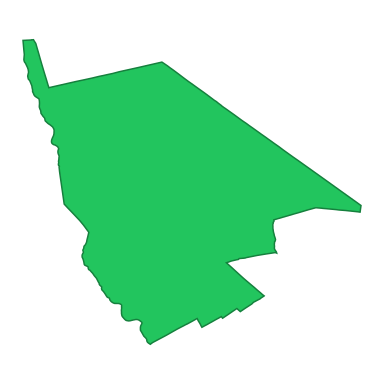 outline of Aricestii Rahtivani, Prahova, Romania
{"feature_id": "2599482B50315286970944", "entity_name": "Aricestii Rahtivani", "entity_type": "district", "adm_level": 2, "iso_a3": "ROU", "parent_name": "Romania", "parent_adm1": "Prahova", "projection": "natural_earth1", "projection_center": [25.877, 44.949], "detail": "fine", "context": "isolated", "style": "filled", "palette": "green", "viewbox_px": 384, "rotation_deg": 0, "n_neighbors": 0, "source": "geoboundaries", "source_scale": "gbopen_adm2", "svg_char_len": 5787}
<svg xmlns="http://www.w3.org/2000/svg" viewBox="0 0 384 384"><path d="M150.3,344.3L152.7,342.5L165.7,335.6L167.5,334.6L173.3,331.3L175.8,329.9L176.1,329.7L177.2,329.1L179.3,328.0L182.0,326.6L183.2,326.0L186.7,324.1L186.8,324.2L191.2,321.8L197.1,318.5L197.4,319.0L198.2,320.7L198.5,321.2L199.0,322.0L200.1,323.8L201.0,325.7L201.7,327.0L201.9,327.3L205.0,325.6L206.0,325.1L207.5,324.3L209.2,323.3L211.6,322.0L216.0,319.5L219.0,317.9L220.2,317.2L221.3,316.6L222.0,317.5L222.6,318.2L228.1,314.5L233.2,311.0L236.9,308.5L238.5,310.0L239.2,310.6L240.3,311.6L245.9,307.8L246.7,307.3L251.3,304.3L252.0,303.8L252.6,303.2L252.9,302.8L253.5,302.3L253.9,302.0L254.2,301.9L255.0,301.5L257.2,300.3L258.8,299.5L260.0,298.9L261.3,297.8L261.8,297.5L264.1,296.0L264.2,295.9L262.5,294.6L260.4,292.7L257.4,290.2L255.6,288.6L254.5,287.6L252.2,285.7L247.1,281.4L244.2,278.9L242.5,277.4L240.3,275.4L235.8,271.3L231.9,267.7L229.1,265.2L227.3,263.6L226.4,262.8L231.1,261.1L232.7,260.7L234.0,260.4L236.9,259.7L238.2,259.5L238.6,259.3L238.7,259.2L238.9,258.8L238.9,258.7L239.0,258.6L239.7,258.5L243.6,258.2L244.4,258.1L245.1,258.0L245.6,257.9L246.0,257.7L246.3,257.6L250.3,256.8L257.3,255.4L266.5,253.9L270.6,253.3L274.4,252.7L275.1,252.6L275.4,252.7L275.7,252.7L276.7,253.1L276.6,252.7L276.4,252.0L275.6,250.8L275.0,249.9L274.7,249.4L274.7,249.2L274.4,248.5L274.4,248.4L274.4,248.1L274.4,247.8L274.5,246.8L274.5,246.3L274.3,244.0L274.4,243.8L274.5,242.8L274.6,241.9L274.6,241.6L274.8,241.4L275.0,241.4L275.1,241.2L275.2,240.7L275.4,240.2L275.5,239.9L275.5,239.5L275.4,239.0L275.3,238.6L275.0,237.6L274.9,237.4L274.7,236.7L274.5,236.1L274.4,235.8L274.3,235.6L274.1,234.4L274.0,234.0L273.5,232.2L273.2,230.4L273.2,230.0L273.1,229.5L273.0,229.0L272.9,228.1L272.9,227.6L272.9,226.7L272.9,226.2L272.9,225.9L272.8,225.2L272.8,224.7L272.9,224.2L273.1,223.7L273.2,223.4L273.2,222.5L273.3,222.4L273.9,221.4L274.0,220.7L274.0,220.2L273.9,219.8L294.5,213.8L297.8,212.9L303.2,211.3L308.9,209.6L310.5,209.2L314.4,208.1L315.6,207.8L316.0,207.8L316.9,207.8L317.8,207.9L321.5,208.2L322.9,208.4L326.5,208.7L336.1,209.6L339.2,210.0L345.6,210.5L358.7,211.9L358.9,212.0L360.1,212.1L361.0,205.5L311.7,170.2L298.5,160.8L292.9,156.9L283.3,150.0L278.8,146.6L273.2,142.7L271.9,141.7L268.2,139.1L265.6,137.2L261.3,134.2L253.1,128.3L249.1,125.5L246.7,123.7L244.2,122.0L242.0,120.5L234.1,114.7L225.1,108.3L224.0,107.6L222.4,106.4L222.1,106.2L221.8,106.0L221.4,105.5L220.3,104.7L219.8,104.3L219.2,103.9L218.9,103.6L218.2,103.1L218.0,102.9L217.8,102.8L217.6,102.6L217.0,102.1L216.8,101.9L215.8,101.2L215.3,100.9L214.8,100.6L213.8,99.9L208.8,96.1L208.4,95.9L207.6,95.2L207.2,94.9L203.5,92.2L197.3,87.8L192.9,84.6L188.2,81.3L182.3,76.9L181.8,76.5L180.5,75.5L179.2,74.5L172.9,69.8L169.9,67.7L167.7,66.0L163.0,62.8L161.9,62.1L138.4,67.5L119.4,71.7L112.6,73.5L107.4,74.6L103.4,75.5L99.0,76.4L92.4,78.0L87.8,79.0L83.2,80.0L76.0,81.5L48.8,87.7L48.5,86.4L48.1,85.3L46.5,79.9L44.2,72.4L42.8,67.7L41.7,64.0L40.4,59.5L40.3,59.2L38.9,54.2L36.4,45.6L35.9,43.8L35.7,43.3L34.0,40.7L33.5,39.7L32.3,39.8L31.5,39.8L31.2,39.9L31.2,40.0L23.0,40.4L23.7,48.4L24.3,54.5L23.9,59.3L23.9,59.6L23.9,59.9L24.2,61.1L24.4,61.8L24.9,62.5L25.5,63.3L26.4,65.2L27.4,67.3L28.0,68.9L28.3,70.3L28.5,71.8L28.5,72.6L28.1,74.1L27.7,76.1L28.1,78.2L28.4,79.2L29.1,79.9L29.8,80.8L30.5,82.5L31.7,85.5L31.9,86.0L32.0,87.1L32.3,88.7L32.6,89.9L32.6,91.7L33.3,93.1L34.0,94.9L34.9,96.1L36.1,97.0L38.8,98.7L39.2,99.7L39.4,101.3L39.5,103.5L39.3,106.4L39.4,107.5L39.9,109.0L40.5,110.1L40.8,111.6L41.0,113.4L42.1,114.9L42.7,115.9L44.6,118.1L44.8,118.8L45.2,120.8L45.8,121.4L47.8,123.3L48.9,124.1L50.2,124.9L52.6,126.9L53.2,127.9L53.6,128.6L53.9,129.3L54.1,130.4L54.0,133.1L54.0,133.5L53.9,134.1L53.5,135.6L53.2,136.3L52.4,138.0L51.9,139.3L51.7,139.9L51.5,140.9L51.5,141.8L51.6,142.5L51.8,143.0L52.1,143.5L52.6,143.9L53.2,144.4L54.1,144.8L54.7,144.9L55.9,145.5L57.1,146.3L57.8,146.9L58.1,147.5L58.7,148.8L58.5,149.3L58.1,150.2L58.0,151.0L57.9,152.0L58.0,152.6L58.2,153.8L59.0,155.6L59.1,156.1L59.1,156.8L58.9,158.0L58.9,159.0L58.5,161.3L58.7,162.6L58.6,163.3L58.4,163.9L58.4,164.5L58.5,165.2L58.7,165.6L59.2,165.9L59.4,166.3L59.2,166.8L59.1,167.2L59.6,172.0L62.3,190.8L64.2,204.1L68.0,208.2L71.2,211.5L79.7,220.5L83.5,225.1L88.8,232.3L87.8,236.6L86.9,240.2L86.8,241.1L86.6,241.9L86.2,243.1L85.6,244.3L85.3,244.8L84.8,245.4L84.1,246.1L83.9,246.8L83.8,247.8L83.6,248.6L82.9,250.0L82.9,250.5L83.1,251.2L83.4,251.8L83.4,252.4L82.3,254.5L82.1,255.5L82.1,256.4L82.2,257.3L82.5,257.9L82.9,258.7L83.5,260.6L83.9,262.3L84.2,264.2L84.5,264.8L85.0,265.3L86.4,265.9L87.6,266.5L88.1,267.0L88.3,268.6L88.6,269.4L89.0,269.8L89.9,270.2L90.4,270.8L91.7,272.3L92.5,273.1L93.0,273.8L93.6,274.7L94.2,275.6L96.5,278.3L98.4,282.1L99.1,283.1L99.3,284.4L99.7,285.0L100.3,285.6L101.4,286.6L101.7,286.9L101.6,287.9L101.5,288.6L101.9,289.9L102.4,290.4L103.6,291.7L105.0,293.7L106.6,296.3L107.1,297.0L107.7,297.4L108.4,297.7L109.1,298.0L109.4,298.2L109.9,299.9L110.3,300.5L111.3,301.7L112.8,302.7L114.4,303.4L119.0,303.5L120.7,304.2L121.2,304.6L121.5,305.1L121.7,305.7L121.7,306.0L121.6,306.4L121.5,306.8L121.5,307.2L121.7,307.5L121.7,307.9L121.5,309.1L121.4,310.4L121.4,310.9L121.5,311.7L121.5,313.1L121.5,313.6L121.7,314.6L121.9,315.6L122.3,316.5L122.7,317.0L123.3,317.7L124.5,319.1L125.5,320.0L126.1,320.4L126.8,320.6L128.5,320.9L130.0,320.8L130.8,320.6L133.2,320.0L134.3,319.8L135.8,319.5L136.2,319.5L136.7,319.5L136.9,319.5L137.5,319.6L138.3,319.8L139.3,320.3L139.7,320.6L140.4,321.1L141.0,321.6L141.7,322.2L141.9,322.6L142.0,323.1L141.7,323.9L141.4,324.5L141.1,325.1L140.6,326.2L140.5,326.9L140.4,327.4L140.4,328.9L140.4,329.6L140.5,330.4L141.4,331.8L143.2,335.0L143.8,336.1L146.1,338.4L146.8,339.7L146.8,340.5L147.1,341.6L147.6,342.3L148.5,343.1L150.3,344.3Z" fill="#22c55e" stroke="#15803d" stroke-width="1.5"/></svg>